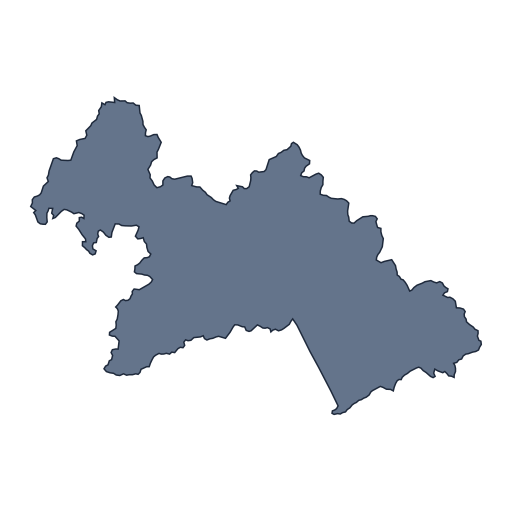 outline of Itaperuna, Rio de Janeiro, Brazil
{"feature_id": "56859067B34570142953070", "entity_name": "Itaperuna", "entity_type": "district", "adm_level": 2, "iso_a3": "BRA", "parent_name": "Brazil", "parent_adm1": "Rio de Janeiro", "projection": "robinson", "projection_center": [-41.922, -21.215], "detail": "fine", "context": "isolated", "style": "filled", "palette": "slate", "viewbox_px": 512, "rotation_deg": 0, "n_neighbors": 0, "source": "geoboundaries", "source_scale": "gbopen_adm2", "svg_char_len": 6046}
<svg xmlns="http://www.w3.org/2000/svg" viewBox="0 0 512 512"><path d="M86.8,135.2L85.1,138.4L79.7,139.5L76.4,140.9L77.2,145.6L73.8,151.9L70.8,160.2L68.0,160.5L61.2,160.2L58.8,158.7L56.4,157.8L53.4,158.7L49.1,170.9L48.4,175.1L47.0,177.8L48.3,181.5L43.4,186.1L41.2,192.9L39.7,194.8L37.5,196.0L34.3,197.0L32.3,199.7L32.4,203.0L30.7,206.5L35.8,210.5L33.7,212.6L35.3,214.8L37.9,222.0L40.3,223.8L42.8,224.2L45.4,224.3L47.2,221.9L46.8,217.6L46.9,213.2L48.1,210.9L48.9,208.3L52.7,208.4L51.7,213.2L53.7,215.4L52.8,218.5L55.3,217.5L61.3,211.4L64.1,209.4L66.7,209.8L71.6,212.1L73.9,213.7L78.8,212.5L81.8,213.6L84.1,215.2L83.9,218.5L81.6,217.2L79.3,217.6L79.3,221.1L76.8,223.2L76.1,226.1L78.7,229.3L82.1,234.7L85.5,238.9L85.8,241.7L82.5,241.7L82.4,245.7L84.9,247.8L86.5,249.6L88.6,251.1L89.9,253.3L92.6,254.9L95.2,253.9L96.1,250.8L92.9,248.9L92.4,245.7L93.6,242.9L96.3,242.5L97.1,238.5L98.6,236.5L97.7,234.0L98.3,231.1L100.4,230.0L103.4,232.1L105.9,235.3L108.9,237.3L111.3,237.0L111.9,232.5L115.2,223.9L119.0,224.0L121.6,225.5L124.8,225.8L131.4,226.0L136.4,225.2L139.0,226.8L138.1,230.2L135.4,236.2L137.8,238.9L140.7,238.5L143.2,237.7L144.3,241.5L146.5,244.0L146.9,247.5L148.1,251.5L150.8,254.0L149.4,256.7L147.4,257.6L144.2,257.9L141.8,260.3L139.8,263.0L137.6,264.7L135.0,266.0L134.9,269.1L134.4,271.8L136.5,273.6L141.8,274.1L144.5,275.0L147.5,275.3L149.8,276.5L152.6,279.6L151.3,282.0L148.9,284.2L139.3,289.7L134.1,289.0L132.2,291.5L132.4,294.0L131.1,295.9L130.0,298.7L128.0,300.3L125.4,300.6L123.4,299.5L120.8,300.8L117.5,305.1L115.7,307.0L117.3,308.6L118.3,311.0L118.0,314.6L117.2,319.2L115.9,321.7L116.2,325.2L115.8,328.4L109.6,332.3L109.4,335.0L112.2,336.1L115.0,336.3L119.1,340.9L118.1,349.1L115.8,349.0L112.4,349.7L111.1,352.5L112.6,355.4L111.6,359.6L109.3,360.8L108.0,364.8L105.6,366.1L104.0,368.8L106.4,371.6L110.1,372.8L113.6,373.3L116.2,375.0L119.8,375.5L123.5,373.8L126.6,375.2L129.1,374.7L132.5,374.7L135.7,373.8L138.1,374.3L140.0,372.4L141.0,369.3L146.7,366.7L149.2,366.7L150.4,363.2L152.1,359.6L153.6,356.9L155.5,355.3L159.0,353.4L161.2,354.1L163.8,354.0L166.3,353.3L169.6,354.1L171.8,352.1L174.7,352.6L177.9,348.7L180.3,347.3L183.0,347.7L184.7,345.4L183.8,342.2L185.6,339.8L188.0,340.7L190.9,340.3L193.8,337.6L200.5,336.9L203.2,335.7L204.5,338.6L206.9,340.0L209.9,338.8L212.8,338.3L216.1,336.9L218.6,336.3L225.5,338.3L230.1,332.2L232.9,327.3L234.7,324.8L237.7,324.9L242.2,326.7L244.7,326.9L246.2,330.4L249.0,331.4L251.1,330.8L257.4,324.9L260.4,326.4L262.8,328.0L265.1,328.2L267.4,327.6L270.1,328.9L270.9,331.9L272.7,330.2L275.4,329.2L278.5,330.8L281.5,329.9L283.9,328.4L289.3,324.3L290.9,321.3L292.7,318.9L297.0,325.3L310.1,351.7L318.5,367.1L331.0,391.2L338.1,405.9L336.6,408.6L334.7,410.0L332.4,410.9L332.0,413.3L334.1,414.4L337.5,413.6L340.3,414.0L342.6,412.6L345.5,411.9L347.2,409.6L349.9,407.8L352.2,404.9L354.3,403.4L356.3,402.5L358.8,400.3L361.3,399.7L363.6,398.2L366.2,397.2L369.1,395.0L370.8,392.0L372.5,390.6L380.3,386.4L383.1,387.4L386.4,389.2L390.5,389.4L393.3,390.9L394.2,387.2L395.6,383.5L397.2,380.7L399.0,379.5L401.2,379.6L402.2,377.3L404.5,375.1L407.5,373.4L410.1,371.2L416.6,367.9L418.7,367.2L420.9,368.1L423.2,370.6L426.1,372.5L430.5,376.4L433.1,377.6L435.1,376.4L433.7,373.1L434.8,369.1L437.9,370.9L442.8,372.7L444.8,371.5L446.9,373.5L448.7,375.9L451.5,376.2L454.1,377.4L454.2,374.7L455.5,371.5L455.5,368.4L454.9,365.5L453.6,363.3L456.8,362.4L458.8,359.8L461.6,359.0L463.2,355.9L465.8,354.1L468.3,353.7L472.6,352.1L475.7,351.5L478.5,350.0L479.6,347.2L481.3,344.5L480.9,341.2L478.9,340.3L477.4,336.1L478.1,333.3L478.0,330.7L474.9,329.2L473.3,327.1L469.6,324.6L466.5,321.8L466.1,319.1L464.4,316.7L464.2,314.0L465.2,311.6L463.5,309.1L460.0,308.0L456.4,307.8L455.3,301.2L452.9,298.8L449.9,297.2L447.7,297.5L442.9,295.2L444.5,292.8L447.4,291.6L448.0,288.8L445.9,287.6L443.9,285.9L442.4,283.0L439.8,281.6L436.6,282.9L433.7,282.0L430.9,280.6L425.0,281.7L422.2,283.2L417.0,285.2L414.0,287.5L411.8,290.1L409.7,291.1L407.1,285.3L405.2,282.3L403.1,279.8L401.0,279.2L399.4,276.5L397.2,275.0L397.1,272.1L396.1,269.0L395.5,265.6L391.7,259.7L384.4,261.4L381.0,262.7L376.3,260.0L376.7,257.1L377.9,254.5L379.6,252.4L382.3,246.8L383.3,238.6L381.8,235.4L380.9,231.8L380.9,228.4L377.6,227.5L376.8,225.0L375.9,221.6L377.2,218.8L375.4,216.4L372.6,215.7L370.4,215.7L368.3,216.3L362.8,216.8L356.7,220.7L354.1,223.1L351.6,223.0L349.2,221.2L348.7,217.0L347.8,214.7L347.6,211.0L348.8,203.1L346.6,200.8L344.2,199.4L341.4,198.6L337.8,199.0L331.2,198.3L328.6,197.0L326.5,195.5L323.3,195.3L320.2,194.2L320.3,190.9L321.3,187.4L322.9,184.7L322.9,181.3L323.3,177.3L321.3,174.9L318.7,173.2L316.0,174.1L309.1,177.8L306.5,176.8L303.3,176.7L300.7,175.6L301.7,172.8L304.0,171.0L304.6,168.2L306.1,166.2L309.5,163.8L309.7,160.5L304.4,157.9L302.4,155.4L301.2,153.1L300.5,150.2L299.0,147.1L297.2,144.7L293.4,142.3L291.5,143.6L290.8,146.3L287.0,149.7L283.8,150.3L281.1,152.4L278.4,153.5L276.3,156.5L269.2,159.6L266.0,169.6L264.2,171.5L258.7,172.2L256.7,171.0L254.4,170.9L252.4,172.6L250.6,174.9L250.9,177.6L250.7,180.5L249.2,186.7L246.7,188.6L244.3,188.6L242.5,186.8L236.7,185.6L238.3,188.3L236.3,189.5L233.2,190.3L230.1,195.6L229.4,198.1L230.1,200.9L227.9,202.2L226.2,204.6L215.8,201.4L213.4,199.7L211.3,197.5L207.0,194.7L205.4,192.3L202.7,190.2L199.9,187.0L196.5,186.9L191.7,185.6L192.7,182.7L192.1,178.4L191.1,176.1L187.3,176.1L174.7,179.2L171.9,178.7L169.8,177.0L167.7,176.6L164.8,178.0L162.9,180.9L162.9,185.0L160.5,186.7L156.9,187.7L154.1,184.9L152.3,181.0L150.0,177.9L150.2,174.7L147.9,169.4L150.6,165.1L151.6,161.7L153.9,159.6L157.1,157.9L157.0,152.1L158.4,149.4L161.2,142.3L158.2,137.4L157.0,134.5L153.7,134.6L150.3,136.1L147.9,136.6L145.4,135.7L145.5,132.7L146.2,129.8L144.5,127.4L143.0,124.6L142.9,121.3L141.3,115.4L140.0,113.0L139.2,105.5L135.8,105.2L133.2,103.0L130.3,103.2L127.1,102.7L125.1,100.9L120.1,101.0L117.2,99.7L114.3,97.6L114.7,102.5L108.5,101.8L106.0,102.4L105.0,104.7L101.9,102.9L101.3,106.8L98.7,110.5L99.2,113.8L97.5,116.1L96.6,119.4L91.9,123.1L90.8,125.7L85.8,130.8L86.8,135.2Z" fill="#64748b" stroke="#1e293b" stroke-width="1.5"/></svg>